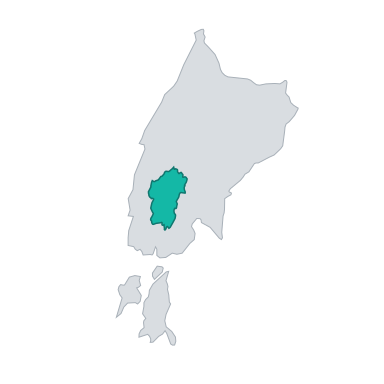 location of Rapla within Estonia, rotated 292°
{"feature_id": "EST-2348", "entity_name": "Rapla", "entity_type": "County", "adm_level": 1, "iso_a3": "EST", "parent_name": "Estonia", "parent_adm1": "", "projection": "natural_earth1", "projection_center": [24.741, 58.948], "detail": "fine", "context": "in_parent", "style": "filled", "palette": "teal", "viewbox_px": 384, "rotation_deg": 292, "n_neighbors": 0, "source": "natural_earth", "source_scale": "10m", "svg_char_len": 4442}
<svg xmlns="http://www.w3.org/2000/svg" viewBox="0 0 384 384"><g transform="rotate(292 192 192)"><path d="M309.6,259.0L308.4,259.2L301.4,258.4L293.7,255.8L290.3,253.8L287.1,253.9L283.1,255.1L268.8,258.8L265.3,258.0L257.1,254.3L253.0,250.4L243.7,242.5L243.0,240.7L241.8,239.2L232.0,237.2L228.3,234.4L225.3,233.9L220.9,232.5L209.4,226.3L206.6,225.8L205.9,226.8L206.1,228.3L205.4,229.1L203.9,229.1L201.2,226.8L198.1,224.8L188.2,228.6L184.6,229.6L181.4,229.8L165.7,234.7L160.9,237.4L158.9,237.1L159.4,234.6L166.0,222.1L167.2,212.2L169.6,210.8L170.3,209.4L169.2,206.3L162.5,204.2L159.7,204.5L157.3,207.9L154.7,210.4L148.7,211.9L143.6,209.3L131.6,205.8L128.6,201.3L127.9,196.6L121.5,192.2L118.9,186.9L120.0,183.2L125.8,180.8L127.5,178.7L120.2,179.1L118.7,178.6L118.4,176.7L115.3,170.3L118.1,167.7L119.4,165.3L117.1,163.2L117.7,160.8L119.5,158.4L118.5,152.8L125.7,149.9L132.6,147.8L147.4,146.8L146.0,141.7L152.0,141.4L162.0,135.3L172.0,136.4L186.4,132.2L214.2,132.3L217.9,129.8L217.3,127.4L217.3,124.8L222.6,125.5L231.3,125.1L264.0,130.2L272.1,130.2L283.3,135.4L289.3,136.7L307.0,136.7L334.4,139.0L339.6,135.5L340.2,134.6L342.8,136.6L346.2,139.7L347.1,141.5L346.0,142.6L342.7,143.5L342.0,144.5L340.6,146.1L336.7,146.4L334.8,147.7L332.5,153.0L328.1,161.9L321.6,168.7L316.3,172.5L313.9,175.3L312.5,178.7L312.2,182.2L317.6,201.1L317.6,204.5L316.5,208.0L315.6,211.6L316.4,214.7L319.9,220.0L323.6,228.0L325.2,233.0L327.6,234.9L330.0,236.2L330.5,237.1L330.4,238.0L329.2,239.0L318.8,241.7L317.5,243.9L316.4,246.4L311.9,250.1L310.5,253.6L309.7,257.6L309.6,259.0ZM74.9,189.3L78.4,190.8L81.6,190.3L84.9,189.3L92.0,190.3L108.2,198.0L109.7,200.1L100.0,201.1L97.7,203.4L95.4,205.1L92.6,205.7L87.9,209.0L81.5,212.2L80.2,214.1L68.7,213.8L62.4,215.0L57.3,218.6L55.1,225.5L51.3,231.0L47.5,232.9L43.6,233.2L42.7,231.2L43.1,229.2L51.5,221.5L53.3,219.0L49.2,217.9L45.7,215.2L38.2,212.1L36.9,209.6L38.7,209.4L40.4,208.7L42.4,206.6L43.4,204.2L37.5,197.2L40.6,196.1L44.4,196.3L48.3,198.4L52.7,196.0L54.5,195.6L57.5,196.5L60.6,191.8L67.8,190.3L71.4,188.9L74.9,189.3ZM90.2,176.2L86.1,179.4L83.7,178.1L82.4,176.6L77.1,183.7L71.2,184.9L67.8,183.5L68.2,180.9L64.9,173.9L59.8,171.9L52.7,171.7L47.5,168.8L67.6,166.9L69.7,163.6L73.8,160.1L76.8,159.7L79.4,160.5L79.9,163.2L80.5,164.3L89.6,165.8L93.1,170.3L94.3,175.8L90.2,176.2ZM110.7,193.8L106.6,194.4L96.9,189.9L99.2,186.9L102.0,185.7L110.2,187.5L111.4,192.2L110.7,193.8Z" fill="#d9dde1" stroke="#a8b0b8" stroke-width="1"/><path d="M149.7,184.2L150.7,182.5L150.8,182.1L150.6,181.8L150.1,181.6L147.8,181.6L146.9,181.4L146.6,181.0L146.9,180.4L148.7,179.8L149.0,179.4L151.1,178.3L150.4,177.7L150.2,177.3L150.2,176.7L150.6,176.3L151.9,175.9L152.4,175.6L152.4,175.1L151.9,174.6L151.4,173.8L149.5,170.5L147.6,168.4L147.4,167.5L148.4,166.2L149.8,165.5L150.2,164.9L150.3,164.6L150.5,164.3L150.9,164.0L151.5,163.8L152.6,163.8L154.2,164.1L157.5,164.3L158.6,162.9L161.2,160.1L161.7,159.8L164.4,159.3L167.0,158.9L170.6,159.2L171.1,159.1L171.4,158.2L171.4,157.9L171.0,157.4L170.7,157.1L170.6,156.7L171.2,156.0L171.5,154.7L172.3,153.7L172.6,153.4L173.6,152.9L174.3,152.3L175.9,151.5L181.4,152.0L181.8,151.7L182.5,151.5L185.9,150.9L187.7,150.9L187.4,152.4L187.5,153.1L187.8,153.6L188.7,154.1L189.6,155.1L190.1,155.7L190.3,156.0L191.5,156.5L194.7,157.3L195.4,158.3L198.3,159.3L199.4,159.3L199.7,159.2L200.2,159.3L200.7,159.5L201.5,160.1L201.7,160.8L201.8,161.2L201.9,161.6L202.0,162.0L202.1,162.4L202.4,162.9L203.1,163.4L204.6,164.1L206.2,165.0L208.2,165.7L206.6,166.9L206.5,167.1L206.6,167.5L207.0,167.7L207.3,168.0L207.4,168.7L207.4,169.3L207.3,170.0L206.9,170.4L206.4,170.6L206.0,170.7L205.2,171.2L204.2,172.9L204.3,173.1L204.5,173.4L205.3,173.7L206.1,174.5L205.8,175.3L205.3,175.8L205.0,176.6L204.7,177.0L204.3,177.3L203.2,177.5L202.5,177.8L202.3,178.1L202.5,178.5L203.3,179.6L203.5,180.4L203.4,180.9L202.3,182.6L200.4,182.9L198.9,183.0L195.6,182.5L195.5,183.0L195.3,183.1L194.8,183.1L193.9,183.0L193.7,183.0L192.9,183.2L191.9,183.7L191.1,184.2L189.4,185.8L188.4,186.0L188.2,185.4L188.0,184.5L187.6,183.0L187.4,182.0L187.1,181.6L186.6,181.3L185.4,181.1L184.5,181.2L183.2,181.5L182.0,181.6L178.9,181.1L177.2,181.0L175.4,182.8L173.3,183.1L171.7,183.5L171.0,183.5L170.5,183.1L170.5,182.8L170.6,182.4L170.4,182.1L169.6,182.0L169.1,182.0L167.5,182.4L165.9,183.4L165.6,183.7L165.3,184.1L165.0,184.9L164.8,185.1L164.4,185.4L163.6,185.7L161.1,186.2L157.2,185.8L151.1,185.0L149.7,184.2Z" fill="#14b8a6" stroke="#0f766e" stroke-width="1.5"/></g></svg>